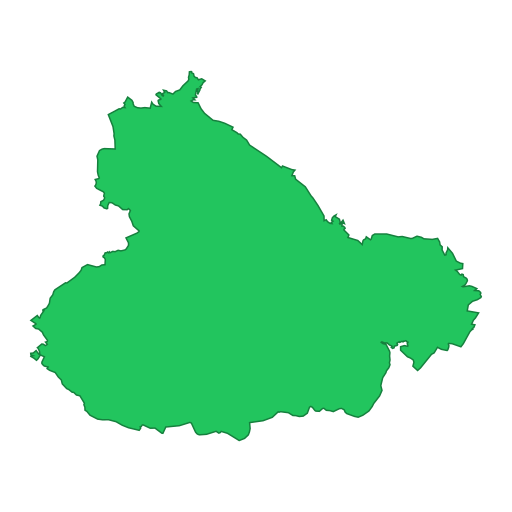 outline of Ghindari, Mures, Romania
{"feature_id": "2599482B27898691544172", "entity_name": "Ghindari", "entity_type": "district", "adm_level": 2, "iso_a3": "ROU", "parent_name": "Romania", "parent_adm1": "Mures", "projection": "natural_earth1", "projection_center": [24.947, 46.49], "detail": "fine", "context": "isolated", "style": "filled", "palette": "green", "viewbox_px": 512, "rotation_deg": 0, "n_neighbors": 0, "source": "geoboundaries", "source_scale": "gbopen_adm2", "svg_char_len": 5981}
<svg xmlns="http://www.w3.org/2000/svg" viewBox="0 0 512 512"><path d="M263.1,420.7L272.3,417.3L278.2,411.8L279.0,412.2L280.7,411.7L288.4,412.7L292.9,415.5L295.8,415.6L299.3,416.5L303.2,416.1L307.3,413.2L309.5,407.2L310.8,406.4L312.5,407.4L314.9,410.5L315.9,411.1L319.4,411.3L322.6,408.5L323.9,408.3L326.3,410.3L329.9,410.6L333.3,411.6L339.3,408.7L341.5,408.4L344.2,409.8L345.2,412.2L346.8,413.6L354.5,416.4L358.2,417.2L362.9,415.2L368.9,411.0L372.2,406.5L373.7,403.5L379.6,395.9L382.0,390.4L380.8,385.6L382.7,377.7L385.9,372.7L386.4,370.9L388.8,367.8L390.0,364.7L389.4,362.8L390.0,360.0L389.6,356.0L389.9,352.7L389.5,351.1L386.0,344.4L382.8,343.6L381.2,342.3L381.9,341.8L384.3,342.9L387.1,342.9L389.5,345.0L391.9,346.0L392.1,346.4L391.3,347.4L392.6,348.4L394.1,347.8L394.3,346.2L397.2,345.4L397.6,344.6L396.9,343.2L399.2,341.7L399.7,342.4L402.0,341.3L403.0,341.9L403.8,341.1L404.7,341.2L405.5,340.7L406.4,341.0L406.6,341.7L407.6,341.9L408.0,342.2L407.2,343.8L407.9,345.2L407.7,346.3L404.4,345.6L400.6,346.7L400.6,350.2L407.5,356.8L410.4,358.0L413.3,360.0L413.9,362.3L412.9,366.2L417.6,370.5L420.5,367.9L431.5,354.3L434.1,352.9L437.5,347.3L441.3,349.3L447.1,350.5L447.8,349.8L448.7,347.2L448.9,345.7L448.3,343.9L448.6,343.4L452.1,343.7L460.9,346.8L463.3,343.7L469.9,331.7L471.8,329.7L472.7,329.4L472.3,328.7L473.8,327.5L474.9,324.8L471.6,324.2L473.4,320.2L475.4,318.0L478.6,312.9L467.2,310.9L468.3,304.9L472.5,301.3L477.3,299.7L480.8,297.6L481.3,296.6L480.1,294.3L480.8,293.3L480.6,292.4L478.8,290.8L474.6,290.5L476.8,288.6L471.9,286.4L469.4,285.8L463.0,286.8L462.3,286.5L464.6,285.2L465.8,283.8L467.4,280.7L467.1,279.2L466.2,278.1L463.6,276.7L463.2,274.6L461.9,274.1L461.2,275.1L459.6,274.4L457.3,271.5L455.5,270.1L462.5,268.6L462.8,263.6L460.4,263.2L456.3,261.1L452.5,253.3L447.8,247.8L447.6,249.9L446.0,253.1L446.1,254.7L444.8,255.2L442.1,250.0L442.2,246.8L440.1,244.9L439.6,241.9L437.6,238.4L432.3,239.4L423.9,238.8L421.4,237.3L417.0,236.2L412.3,238.4L410.6,238.5L402.2,236.5L398.2,236.9L386.7,234.0L374.8,234.0L372.3,235.5L371.2,239.1L370.5,239.8L366.3,236.8L365.6,238.8L363.6,239.9L363.0,240.8L362.2,244.6L357.8,240.5L347.9,237.5L348.9,235.0L344.0,230.1L343.9,229.4L345.1,228.4L344.8,227.5L343.4,226.2L341.9,226.1L342.2,222.8L344.4,223.6L343.0,220.2L341.3,222.3L340.8,223.8L339.9,224.1L339.5,223.4L340.2,222.4L339.4,219.2L335.2,216.6L336.0,214.9L334.0,216.0L332.4,217.7L331.6,220.3L333.0,221.2L331.3,222.5L332.0,223.6L330.0,223.4L327.5,221.6L326.2,219.8L324.1,220.7L324.0,216.0L317.9,205.4L312.8,197.8L311.0,195.8L305.3,186.8L295.6,179.2L294.7,175.8L291.9,175.7L293.3,172.0L294.9,170.1L291.8,169.6L282.5,166.0L281.5,167.7L266.5,156.3L249.6,145.1L246.6,140.1L242.9,137.3L240.3,134.2L238.2,134.0L237.2,132.9L231.8,129.7L233.0,127.2L224.8,123.3L218.9,121.3L213.0,120.3L204.5,113.3L201.0,108.7L198.1,102.8L193.3,102.5L191.1,101.0L193.1,99.8L194.8,99.8L192.9,97.9L196.7,97.3L196.6,96.4L195.4,95.1L196.6,89.0L198.0,88.6L197.4,91.6L198.0,91.9L197.6,93.6L197.9,93.9L200.0,89.8L199.9,89.1L201.2,87.4L200.1,86.7L202.0,84.8L203.1,82.7L205.2,80.9L201.7,78.8L198.4,79.8L197.0,77.7L195.5,77.5L194.1,76.3L193.5,73.7L191.6,72.8L191.7,71.8L191.2,71.5L189.4,71.8L189.2,74.9L188.5,77.3L188.8,79.3L188.1,80.9L182.9,85.8L179.8,89.9L175.5,91.5L172.9,94.1L168.8,92.5L167.8,92.7L166.6,90.9L163.5,90.2L164.7,92.4L162.4,93.7L163.5,95.7L163.1,96.1L161.9,95.1L160.5,92.7L159.1,92.9L159.0,92.4L156.3,94.0L156.0,94.8L160.9,98.9L160.8,99.4L158.4,100.1L158.1,100.7L158.8,103.6L161.3,106.4L156.0,106.2L152.9,104.1L151.7,102.2L150.2,108.2L144.8,107.6L140.9,108.1L137.4,107.7L134.2,106.3L133.1,103.8L133.1,102.5L131.9,100.3L127.7,97.1L125.1,102.0L123.8,103.0L125.0,104.4L124.1,106.1L125.0,107.6L122.7,107.4L120.5,109.0L119.1,108.8L108.3,114.6L113.0,126.6L114.1,133.6L113.9,135.9L114.9,140.1L115.2,149.0L104.3,148.6L102.1,149.1L99.5,150.6L97.0,156.2L97.8,159.9L97.5,171.7L98.2,175.2L99.3,177.9L98.4,178.7L95.2,179.5L96.1,181.3L96.3,183.0L95.8,184.8L94.9,186.1L96.7,188.4L103.5,191.9L104.4,193.2L103.8,195.6L103.8,196.4L104.6,197.3L104.4,198.7L103.6,200.2L100.8,201.7L100.6,204.0L99.9,205.2L102.4,206.1L104.0,207.9L106.8,208.8L107.6,208.4L107.7,205.7L109.2,202.5L112.1,202.8L115.3,205.0L118.5,205.9L122.7,209.6L127.2,209.7L128.5,208.6L130.4,210.5L129.0,213.9L129.4,216.7L131.8,221.3L133.3,225.8L139.1,230.9L139.0,231.6L137.0,233.1L126.0,237.9L128.5,242.8L128.5,245.4L126.2,249.0L124.9,250.0L120.9,250.9L118.1,250.3L115.1,251.7L112.7,251.4L110.1,252.7L109.3,251.8L108.7,252.8L107.5,252.0L106.6,252.8L105.2,252.8L104.2,255.2L103.3,255.6L103.0,256.6L103.4,257.4L104.3,257.5L105.3,259.5L105.0,264.7L101.8,265.0L99.3,266.6L96.5,267.0L87.5,264.6L82.0,267.6L81.1,270.3L79.3,272.6L74.7,277.3L66.9,283.0L65.5,282.8L54.9,289.8L53.7,291.7L52.8,294.8L50.2,298.2L49.4,303.3L48.2,305.5L46.6,308.0L43.0,309.7L42.9,310.5L44.0,310.4L43.9,310.8L40.7,315.3L40.0,317.8L39.6,318.1L38.7,317.5L37.3,315.5L30.9,320.4L35.9,323.7L35.9,324.3L33.0,326.0L35.7,328.5L38.6,329.0L42.4,332.3L43.5,334.9L47.4,340.2L47.4,341.1L47.2,341.6L45.5,342.1L47.3,344.3L46.5,345.0L45.3,345.6L43.3,344.2L41.8,344.0L37.4,347.7L38.1,348.3L39.5,351.4L39.8,354.0L38.9,354.3L36.1,350.6L33.3,353.0L30.7,353.3L30.9,354.8L32.8,355.6L31.1,355.8L30.8,356.4L33.8,358.1L36.5,360.3L38.1,358.7L40.4,354.9L44.4,356.8L41.9,362.1L41.9,363.5L42.7,364.6L44.2,366.0L48.1,367.0L47.1,368.6L49.6,370.3L55.2,372.5L58.3,377.0L61.3,379.9L62.3,383.9L66.7,388.6L68.9,389.6L72.1,392.2L73.8,392.4L76.4,395.0L79.9,395.8L84.4,403.2L83.9,404.7L84.9,407.2L85.0,410.2L86.9,411.4L90.0,415.2L97.6,419.1L102.6,419.8L108.5,419.7L116.1,421.7L122.2,425.2L128.4,427.7L139.2,430.3L140.6,428.3L140.2,426.8L141.2,426.6L142.1,425.2L142.9,424.8L150.2,428.2L155.0,428.1L161.8,433.2L162.9,433.3L165.8,427.0L179.3,425.7L189.9,422.4L191.4,423.1L195.5,432.0L196.9,433.7L198.1,434.4L199.4,434.8L206.5,434.3L216.1,431.3L218.8,433.1L220.2,432.6L221.2,431.4L227.5,433.3L239.2,440.5L244.6,438.4L248.3,434.9L249.4,432.0L250.1,428.6L249.6,422.6L263.1,420.7Z" fill="#22c55e" stroke="#15803d" stroke-width="1.5"/></svg>